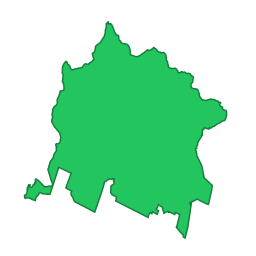 the district of Reforma, Chiapas, Mexico, rotated 5°
{"feature_id": "50627088B2456269013516", "entity_name": "Reforma", "entity_type": "district", "adm_level": 2, "iso_a3": "MEX", "parent_name": "Mexico", "parent_adm1": "Chiapas", "projection": "equal_earth", "projection_center": [-93.258, 17.869], "detail": "fine", "context": "isolated", "style": "filled", "palette": "green", "viewbox_px": 256, "rotation_deg": 5, "n_neighbors": 0, "source": "geoboundaries", "source_scale": "gbopen_adm2", "svg_char_len": 5714}
<svg xmlns="http://www.w3.org/2000/svg" viewBox="0 0 256 256"><g transform="rotate(5 128 128)"><path d="M139.2,49.7L138.6,50.5L134.6,53.9L133.1,55.1L130.9,56.2L129.0,56.1L124.8,55.0L124.3,55.0L124.0,54.6L123.4,50.2L122.0,46.9L121.3,46.0L120.6,45.3L119.5,44.7L117.5,44.3L115.3,44.3L114.2,43.7L113.7,43.4L113.0,42.1L112.1,41.6L111.2,40.7L111.0,39.9L110.9,38.5L110.6,37.0L110.3,36.7L108.1,36.0L106.1,33.3L105.2,31.1L103.1,27.0L102.6,26.4L101.6,25.6L100.9,25.7L99.9,26.1L99.4,25.9L99.2,25.0L99.3,23.4L98.6,24.6L97.9,25.2L97.2,26.1L97.6,29.1L97.2,31.0L96.9,32.6L97.1,35.4L96.6,37.0L96.2,39.4L95.6,40.1L94.7,41.8L93.0,45.2L89.1,48.7L88.5,50.1L88.4,53.6L87.9,55.3L86.6,56.3L85.9,57.0L87.2,60.7L87.8,61.7L87.9,62.4L87.8,62.9L86.8,64.1L86.2,65.3L84.7,66.0L84.1,66.5L83.7,67.4L82.9,67.8L81.4,68.1L80.2,67.7L79.7,67.8L78.9,68.5L77.2,71.3L75.8,72.2L74.1,72.6L73.3,72.6L71.7,73.6L70.7,73.6L70.0,73.7L69.2,74.3L68.0,74.9L66.7,74.7L66.4,74.6L65.8,74.1L64.6,71.4L64.3,71.0L62.5,69.6L62.3,69.5L61.4,67.6L61.0,67.2L60.7,67.1L60.4,67.1L59.5,68.1L58.6,69.5L58.2,70.5L57.5,72.7L57.4,74.1L57.7,76.8L57.6,78.1L57.6,78.7L58.3,79.8L58.9,81.6L58.7,83.1L58.8,84.6L58.6,86.5L58.8,87.8L59.4,88.2L59.5,89.0L59.8,89.4L59.9,89.7L60.5,91.8L60.7,92.9L60.8,95.5L60.5,95.9L59.7,96.5L57.5,96.9L57.3,97.1L56.6,101.3L56.0,103.0L55.5,104.1L55.1,105.5L55.0,106.8L55.4,108.9L55.3,110.3L54.7,111.2L53.6,112.4L52.9,112.9L51.5,115.5L51.5,118.1L51.1,121.4L51.3,122.1L51.8,122.9L51.9,123.7L51.8,124.7L51.4,126.5L51.4,127.4L51.6,128.7L52.5,129.8L53.3,131.3L54.7,133.1L55.0,133.7L56.8,135.1L57.7,136.4L58.9,137.4L60.4,139.0L61.9,143.3L61.6,145.6L61.7,147.2L61.3,148.2L60.7,149.1L59.9,149.8L58.1,150.0L57.7,150.3L57.5,150.9L57.7,151.4L57.8,152.3L58.7,152.9L58.6,153.2L58.3,153.8L58.2,154.1L58.5,155.7L58.5,157.6L57.7,158.4L56.8,160.3L56.5,161.2L56.2,162.7L56.1,163.9L55.9,164.4L53.5,168.4L52.6,172.7L52.3,174.6L51.9,175.8L51.9,176.3L53.2,179.9L54.3,182.2L55.8,186.4L56.1,186.8L56.3,187.3L57.4,189.5L57.7,190.3L57.7,191.3L57.5,191.8L56.9,192.4L56.0,192.7L54.9,192.7L51.4,193.7L50.0,193.8L47.2,191.5L45.2,189.7L43.0,187.9L41.4,186.9L40.3,187.0L40.2,187.3L40.2,188.3L40.4,188.9L41.0,189.7L41.1,190.1L39.8,190.7L39.7,191.3L39.9,192.0L39.8,192.4L38.7,192.5L37.8,195.0L37.4,195.3L36.8,195.5L35.7,195.4L35.4,195.2L35.3,194.8L35.5,193.3L34.2,193.2L33.8,193.4L33.8,195.2L33.2,195.6L33.0,195.9L33.5,196.5L33.8,197.6L33.6,197.7L33.1,197.4L32.8,197.7L33.1,199.2L32.9,201.6L32.5,203.3L32.1,203.6L31.2,203.7L30.9,204.2L30.8,204.8L30.9,205.5L31.5,206.9L31.9,207.1L33.1,206.3L33.5,206.3L36.6,206.5L38.6,207.5L41.8,208.4L42.0,208.3L42.1,207.6L42.2,205.5L44.1,203.0L44.8,201.8L45.0,201.0L45.8,200.1L46.3,199.9L46.7,200.0L47.7,200.7L48.5,200.9L49.0,200.8L52.9,201.0L56.0,200.9L62.5,173.2L75.3,178.0L71.3,193.2L77.4,195.8L77.0,197.4L76.9,198.4L77.3,199.8L77.6,200.3L78.7,201.4L79.3,202.3L80.1,204.2L81.3,206.0L102.2,214.7L107.3,194.2L108.4,189.2L109.3,184.0L109.7,183.4L110.7,183.1L111.2,182.5L111.6,181.9L112.6,181.1L114.9,180.3L115.9,180.4L116.3,180.3L116.6,179.9L117.2,179.9L117.5,180.3L118.7,179.8L118.9,180.2L118.7,180.8L118.2,181.8L118.1,182.2L118.3,182.4L118.5,182.3L118.6,182.5L118.9,184.9L118.4,185.3L117.9,185.9L116.4,186.8L116.2,187.2L116.0,188.2L116.3,190.3L116.4,191.3L116.3,192.1L116.4,193.8L116.5,194.1L117.5,195.3L117.7,195.7L122.6,197.7L122.4,200.0L122.0,201.7L155.8,215.3L156.1,212.9L157.5,210.3L159.2,211.3L159.7,209.3L164.5,211.5L165.6,207.7L163.2,206.7L165.1,201.9L169.0,203.8L171.3,209.9L171.6,209.8L172.1,208.8L172.3,208.6L173.2,208.3L174.2,208.1L175.0,207.6L175.5,207.6L175.8,208.5L177.0,208.2L182.1,210.1L182.6,208.0L187.1,209.8L185.2,221.6L184.8,222.8L185.3,223.3L185.4,223.2L189.5,227.4L192.0,229.5L192.4,230.3L192.6,231.7L194.5,232.6L196.3,220.9L196.4,216.8L196.8,213.2L197.5,200.5L197.6,198.1L196.8,198.9L196.0,197.3L201.8,193.7L202.7,192.7L213.1,196.8L214.8,197.1L216.7,183.2L216.9,177.8L207.6,170.5L207.9,169.7L207.0,166.8L204.8,159.2L199.0,149.5L198.5,148.2L198.7,147.4L198.0,145.7L197.1,142.7L198.2,142.2L197.8,141.3L197.8,141.0L198.7,139.0L198.7,136.9L200.4,132.9L201.9,130.4L202.1,129.4L202.6,128.8L201.9,128.5L202.2,127.3L202.4,127.4L202.6,122.9L203.8,122.4L204.1,120.9L206.7,121.8L207.2,121.7L208.8,122.0L208.9,121.7L208.8,121.0L209.3,120.5L210.6,120.9L212.0,119.4L213.5,119.0L216.8,116.0L219.0,114.9L221.4,112.8L223.2,112.3L223.7,112.0L224.1,111.5L224.3,110.8L224.5,110.0L224.8,108.9L224.9,107.3L225.2,106.5L225.1,105.9L224.9,105.6L224.8,103.3L224.5,102.7L224.1,102.1L223.4,101.8L222.5,101.8L221.0,101.3L220.6,100.8L220.4,99.4L220.1,99.0L219.8,98.7L218.4,98.3L218.0,98.1L217.4,97.2L217.4,96.2L217.6,95.7L218.1,95.0L217.8,94.8L217.8,94.5L215.8,94.3L215.6,94.1L215.4,93.6L215.0,93.3L213.2,93.1L211.8,92.2L211.2,92.1L209.0,92.2L208.3,91.9L207.7,92.0L207.0,92.4L205.2,92.9L204.2,93.6L203.4,93.8L199.6,93.4L198.9,92.9L196.8,90.5L196.4,89.6L196.2,88.0L195.4,86.6L194.9,85.4L194.2,84.0L193.7,83.5L193.2,83.3L191.9,83.1L190.0,83.1L188.5,82.7L187.7,82.1L187.0,80.1L186.9,78.6L187.9,77.5L188.4,76.6L188.4,74.0L188.7,72.4L188.7,71.8L188.3,70.9L186.6,70.6L185.7,69.0L185.2,68.6L183.4,68.2L182.7,68.5L181.9,68.4L180.6,68.1L179.7,67.3L178.8,67.7L178.0,67.8L177.4,67.3L176.1,67.4L174.7,68.5L173.4,68.3L172.7,68.1L172.7,67.2L172.6,66.8L171.9,66.3L171.3,65.2L169.8,64.3L169.3,64.3L167.8,64.9L166.1,64.8L165.6,65.0L165.3,64.8L164.2,64.5L162.8,63.8L162.9,62.7L162.7,62.1L162.1,61.1L162.0,60.2L161.7,59.6L161.6,58.5L160.1,56.7L160.2,55.7L160.1,54.8L159.3,51.8L158.4,50.8L156.9,49.6L155.3,50.1L154.5,50.1L153.5,49.6L152.7,49.7L151.9,49.4L151.1,49.4L150.6,48.5L149.7,47.7L149.3,47.1L148.3,46.5L147.5,46.2L146.7,45.5L145.7,46.6L144.2,48.0L143.1,48.6L142.1,49.0L141.7,48.9L141.1,48.4L140.6,48.5L139.2,49.7Z" fill="#22c55e" stroke="#15803d" stroke-width="1.5"/></g></svg>